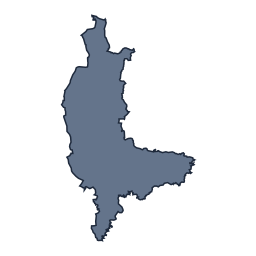 Jamalpur, Dhaka, Bangladesh
{"feature_id": "16705992B65705561019803", "entity_name": "Jamalpur", "entity_type": "district", "adm_level": 2, "iso_a3": "BGD", "parent_name": "Bangladesh", "parent_adm1": "Dhaka", "projection": "mercator", "projection_center": [89.869, 25.0], "detail": "fine", "context": "isolated", "style": "filled", "palette": "slate", "viewbox_px": 256, "rotation_deg": 0, "n_neighbors": 0, "source": "geoboundaries", "source_scale": "gbopen_adm2", "svg_char_len": 5841}
<svg xmlns="http://www.w3.org/2000/svg" viewBox="0 0 256 256"><path d="M79.7,186.0L81.4,186.6L82.9,187.7L83.9,187.8L84.4,189.0L84.3,190.2L85.7,188.2L85.4,187.0L86.1,186.6L89.8,188.6L93.0,187.1L95.3,189.6L95.7,192.8L95.1,194.2L94.3,194.8L97.1,195.7L97.5,196.9L97.1,197.4L96.7,198.9L95.9,199.2L95.8,199.8L95.1,199.4L93.2,199.6L93.5,201.8L94.4,202.0L94.7,203.4L95.5,203.8L95.7,205.0L97.0,204.6L97.9,205.2L97.6,206.4L96.8,207.0L97.3,208.1L98.0,208.5L97.4,208.6L97.4,209.6L97.8,209.9L98.9,209.8L99.5,211.2L97.9,213.1L95.7,214.0L96.3,215.8L95.7,221.4L96.1,225.3L94.2,225.8L91.6,225.9L91.4,228.4L92.6,230.4L93.1,232.2L95.1,234.3L95.7,237.4L97.1,238.4L97.1,239.0L97.5,240.2L98.4,240.5L101.7,240.3L102.4,240.6L102.0,239.0L102.8,238.4L104.0,238.2L103.7,237.9L102.3,237.8L102.7,237.1L102.0,236.2L102.7,235.9L103.4,237.0L104.7,235.2L106.3,235.4L106.4,234.9L105.3,234.0L105.1,233.2L106.6,231.6L108.0,231.2L106.5,230.5L106.1,229.8L107.0,229.3L108.4,229.8L108.2,228.7L109.6,228.2L109.1,227.3L109.7,226.9L109.5,225.8L111.8,227.2L112.2,226.8L112.0,226.2L110.3,225.0L109.7,223.8L109.9,223.3L110.8,223.2L111.0,222.4L110.1,221.8L109.7,220.4L110.9,219.9L113.9,220.1L115.9,219.3L116.1,218.5L115.3,217.2L115.1,216.0L118.1,211.5L119.4,212.6L121.2,212.7L122.0,212.4L122.6,211.1L123.1,210.8L122.9,209.4L121.9,207.0L118.5,203.9L118.4,202.4L118.7,200.2L118.1,198.9L118.1,197.9L118.8,196.4L119.6,196.0L119.3,195.6L118.6,195.6L118.6,195.3L120.6,195.2L120.8,195.9L121.5,196.4L123.1,196.6L123.9,197.0L123.8,196.0L123.2,195.6L123.7,195.1L125.0,197.1L125.5,196.6L126.0,196.7L126.3,195.2L127.1,194.7L127.3,194.1L129.7,194.6L129.2,193.4L129.5,193.1L130.1,193.2L130.1,192.8L128.9,192.6L128.3,192.0L128.3,191.4L129.5,191.9L131.7,191.2L131.6,191.6L133.0,192.7L132.7,193.4L133.0,194.8L133.8,194.2L134.7,194.5L136.1,194.2L136.9,194.6L137.5,196.7L138.0,196.9L136.8,197.4L136.8,197.9L137.7,197.7L138.5,198.9L140.2,199.8L141.9,199.4L142.4,199.6L143.5,198.6L144.1,199.0L145.1,198.7L145.0,196.5L145.8,196.1L145.8,195.5L146.4,195.5L147.3,194.5L148.8,194.2L149.4,193.2L149.3,192.8L150.2,192.8L150.4,191.9L151.6,191.8L152.3,189.3L152.1,187.9L154.3,186.1L156.8,186.1L158.3,186.9L159.9,185.5L163.2,185.0L164.3,183.3L167.6,182.6L171.1,184.6L172.6,183.9L173.2,184.3L173.3,183.4L173.7,183.2L174.9,183.7L175.8,182.7L176.8,183.4L177.2,184.2L178.5,184.6L178.7,185.6L179.7,185.5L179.9,185.1L179.7,184.4L180.1,184.3L180.1,183.4L180.6,182.8L181.9,182.0L183.2,182.3L184.2,182.0L184.4,180.8L184.1,179.4L184.7,177.9L184.3,176.8L185.5,175.5L184.9,175.1L186.6,173.1L187.3,172.9L188.3,173.3L189.3,172.8L190.5,173.5L191.5,172.7L190.1,172.2L190.3,171.7L189.9,171.5L189.9,170.7L189.3,169.7L190.9,169.2L191.0,168.8L191.2,166.7L190.7,165.9L191.8,165.7L192.1,165.1L193.7,165.0L194.0,164.7L192.9,164.4L193.5,163.1L192.4,163.5L189.9,163.6L189.8,163.1L189.9,162.8L191.1,163.2L191.6,163.0L192.1,161.4L192.8,160.9L194.1,160.7L193.9,159.8L194.4,159.7L192.8,158.9L192.8,157.9L191.8,157.5L189.7,156.9L187.1,157.1L186.7,156.2L184.1,155.9L183.8,155.4L184.3,153.9L183.3,152.8L181.7,153.3L180.6,154.4L179.9,153.7L178.1,154.4L176.2,153.5L175.4,153.6L174.4,152.7L172.4,151.9L168.3,152.5L165.9,151.8L162.5,152.6L159.6,151.6L158.5,150.7L157.8,150.8L157.7,151.3L154.5,151.6L154.4,151.1L155.8,149.2L153.7,150.4L153.4,151.8L148.1,150.7L147.3,150.1L147.0,148.9L146.0,148.2L143.7,148.5L142.7,149.7L142.3,149.7L140.0,148.6L136.5,147.8L134.5,146.4L133.7,145.3L133.8,143.7L133.3,142.5L133.3,140.8L132.7,140.3L132.6,139.3L132.1,138.6L130.8,138.2L128.2,138.5L125.2,139.9L124.2,139.1L124.1,137.5L124.6,137.5L124.3,131.9L124.0,131.0L123.2,130.6L121.6,131.3L121.5,131.0L122.3,129.5L121.0,126.1L121.5,123.2L118.5,122.9L119.1,120.8L119.0,119.0L123.7,118.9L124.4,119.3L124.8,117.7L124.4,116.7L127.0,114.5L129.2,111.8L127.4,111.5L127.2,110.5L125.9,109.3L125.9,108.8L126.4,108.1L126.3,107.5L126.8,106.7L126.7,104.9L124.5,102.3L123.2,99.7L122.4,99.3L122.0,98.6L122.0,97.8L122.4,97.6L122.2,96.9L122.4,96.0L121.9,95.3L122.1,94.9L121.7,93.8L123.2,93.1L122.9,91.8L123.5,90.7L123.5,90.3L123.0,89.9L123.8,87.0L123.4,86.8L123.5,85.9L124.1,84.6L125.7,83.4L123.7,81.1L122.1,81.2L120.2,80.7L119.6,79.4L120.4,78.3L120.7,74.5L121.1,73.0L120.7,72.3L121.7,71.4L121.7,70.4L123.1,69.2L123.1,67.6L123.7,66.1L123.6,64.9L123.9,64.3L123.7,63.8L124.0,63.3L123.9,60.6L124.4,60.4L124.4,59.3L124.7,58.8L126.7,58.7L127.4,59.1L128.2,60.4L130.6,60.2L130.3,57.6L131.2,55.4L130.6,54.6L130.6,53.8L131.7,52.6L133.1,52.6L134.6,51.6L134.3,51.3L134.0,49.2L133.6,48.8L132.4,50.2L129.6,49.6L128.8,48.9L127.6,48.7L126.7,48.1L124.9,47.9L123.0,48.8L122.1,50.2L121.5,50.5L120.9,52.1L120.2,52.1L119.7,53.1L117.7,53.8L114.6,53.1L113.6,53.6L112.4,52.7L111.1,52.7L111.1,52.3L110.2,51.9L107.1,51.1L108.6,49.3L108.4,48.6L109.5,47.8L109.4,46.3L109.2,45.0L107.5,41.9L106.0,37.8L105.2,37.4L104.7,35.5L104.7,30.6L104.3,28.9L106.0,23.5L106.1,22.2L105.6,21.9L105.7,19.9L104.8,19.8L104.9,19.3L104.0,20.0L99.5,18.7L97.4,17.6L96.5,16.5L91.9,15.4L92.1,16.7L93.4,17.0L93.6,17.8L93.0,19.9L93.8,20.1L94.6,19.6L95.5,20.6L95.1,20.0L95.2,19.4L95.9,20.5L96.0,22.1L95.0,27.0L94.4,27.9L92.7,28.7L87.3,29.5L86.0,31.5L81.2,35.3L82.4,36.1L82.8,37.5L83.5,38.5L85.3,44.7L86.0,44.9L85.9,46.6L86.7,50.3L88.4,52.8L89.4,55.0L88.7,57.1L87.7,57.5L87.6,57.9L87.6,58.4L87.8,58.3L87.7,61.0L88.0,62.8L87.6,66.6L87.4,66.9L85.8,67.3L79.1,66.7L77.5,67.1L76.3,67.8L75.2,71.2L72.8,74.8L70.4,80.6L70.2,82.4L69.5,83.9L66.5,88.6L64.7,90.7L65.0,91.3L63.9,96.7L64.3,96.9L64.3,100.5L63.1,100.5L62.8,102.8L61.6,104.7L63.6,107.3L65.0,107.8L65.0,109.9L65.6,111.4L65.7,115.1L63.8,116.0L63.8,117.0L66.9,126.1L67.0,131.4L69.6,134.5L70.6,137.0L71.0,142.2L69.9,144.7L69.6,146.7L70.5,149.5L71.1,149.9L72.2,150.0L72.8,153.4L71.0,153.3L70.9,154.1L70.4,154.3L69.9,155.6L66.9,157.2L68.2,159.4L68.7,163.2L71.2,168.0L71.6,171.0L72.6,172.7L76.0,176.3L78.5,178.3L83.3,180.5L81.6,183.6L79.7,186.0Z" fill="#64748b" stroke="#1e293b" stroke-width="1.5"/></svg>